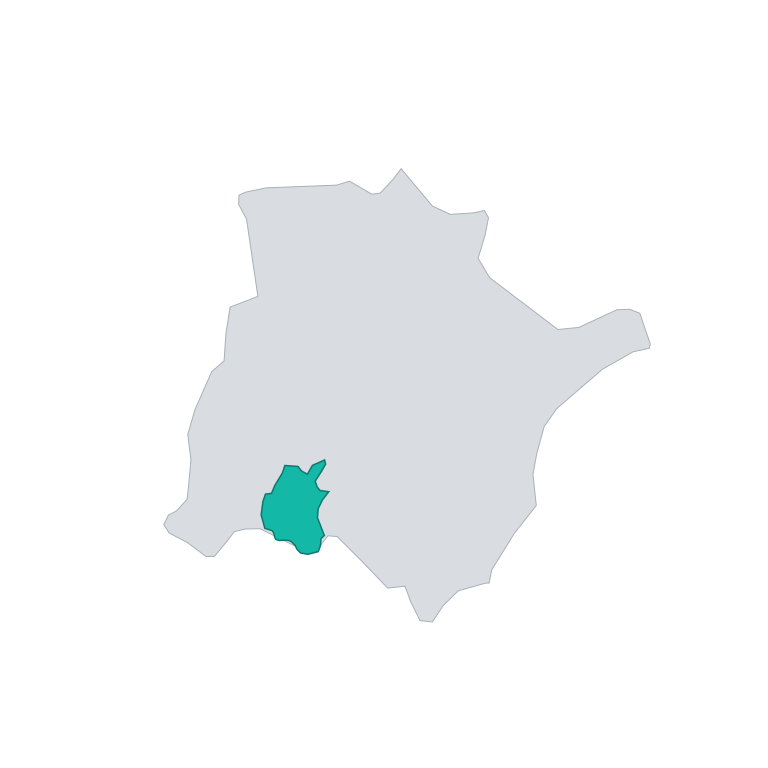 Zubin Potok highlighted on a map of Kosovo, rotated 243°
{"feature_id": "KOS-5897", "entity_name": "Zubin Potok", "entity_type": "District", "adm_level": 1, "iso_a3": "XKX", "parent_name": "Kosovo", "parent_adm1": "", "projection": "albers", "projection_center": [20.618, 42.908], "detail": "fine", "context": "in_parent", "style": "filled", "palette": "teal", "viewbox_px": 768, "rotation_deg": 243, "n_neighbors": 0, "source": "natural_earth", "source_scale": "10m", "svg_char_len": 1577}
<svg xmlns="http://www.w3.org/2000/svg" viewBox="0 0 768 768"><g transform="rotate(243 384 384)"><path d="M235.5,284.0L269.3,273.0L274.2,265.2L266.5,248.3L271.0,237.8L311.3,207.9L317.9,194.3L320.4,183.6L315.0,172.3L307.4,154.6L311.1,147.1L331.9,136.9L348.8,124.9L358.8,124.0L365.1,132.5L365.1,141.4L370.7,156.3L383.2,164.4L404.0,177.5L428.2,186.3L447.2,204.2L473.2,236.1L477.2,252.0L500.6,266.0L522.4,281.8L519.3,311.4L593.4,336.4L610.1,336.1L618.0,340.4L617.9,347.2L612.3,368.0L582.7,432.0L580.4,445.3L558.7,459.3L555.8,467.3L562.2,484.9L568.1,497.1L567.6,497.1L520.8,507.8L505.1,520.0L495.9,541.2L493.0,552.2L484.7,552.6L470.9,541.8L453.3,524.9L430.7,526.4L353.6,563.7L346.0,583.2L344.4,625.3L339.1,636.7L330.9,644.0L298.8,639.4L295.4,636.7L299.6,620.5L298.0,585.2L283.6,526.6L273.4,507.4L252.4,488.3L236.0,475.8L206.6,464.5L191.8,432.4L169.6,395.7L158.9,387.3L160.6,383.7L166.0,356.2L159.7,336.1L150.0,319.0L156.8,308.7L177.3,308.9L194.3,310.9L200.5,294.6L235.5,284.0Z" fill="#d9dde1" stroke="#a8b0b8" stroke-width="1"/><path d="M300.6,218.0L303.9,217.9L309.5,212.3L323.1,215.1L334.2,222.7L339.7,228.4L337.6,234.1L343.2,240.7L350.8,253.0L356.4,258.7L349.5,270.0L343.9,271.0L338.4,274.8L344.0,283.3L343.3,296.6L339.1,295.6L334.2,288.1L328.7,278.6L322.4,277.7L318.2,278.6L313.1,285.9L308.5,276.2L302.7,268.7L295.1,264.0L279.3,262.4L276.2,262.1L274.8,257.7L268.7,253.9L264.5,249.3L266.8,238.9L271.4,232.9L276.0,231.5L280.8,231.5L286.0,229.7L288.2,227.7L289.7,225.2L292.2,219.5L294.7,217.0L297.5,217.1L300.6,218.0Z" fill="#14b8a6" stroke="#0f766e" stroke-width="1.5"/></g></svg>